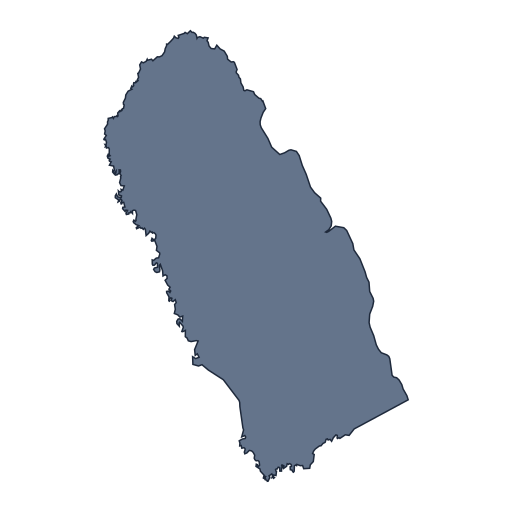 outline of Cémaco, Emberá, Panama
{"feature_id": "35544464B97787935745550", "entity_name": "Cémaco", "entity_type": "district", "adm_level": 2, "iso_a3": "PAN", "parent_name": "Panama", "parent_adm1": "Emberá", "projection": "equal_earth", "projection_center": [-77.717, 8.422], "detail": "fine", "context": "isolated", "style": "filled", "palette": "slate", "viewbox_px": 512, "rotation_deg": 0, "n_neighbors": 0, "source": "geoboundaries", "source_scale": "gbopen_adm2", "svg_char_len": 6045}
<svg xmlns="http://www.w3.org/2000/svg" viewBox="0 0 512 512"><path d="M204.3,37.3L203.3,38.2L200.0,36.7L197.6,37.4L197.0,38.4L196.3,35.0L195.1,33.4L193.3,32.3L192.0,32.4L190.4,30.7L187.3,33.7L185.1,32.4L184.2,33.4L178.2,35.4L178.9,37.3L178.1,38.4L176.0,37.8L174.3,36.2L173.6,38.1L170.6,41.4L167.6,44.3L166.6,44.1L166.6,45.6L165.2,48.7L164.6,51.9L162.0,55.7L159.4,56.9L157.3,56.8L152.9,60.8L151.5,59.2L147.6,60.2L147.2,59.2L146.2,61.3L143.4,62.8L141.5,61.9L139.7,64.9L140.5,69.0L138.5,73.2L137.8,73.4L138.6,77.3L137.4,79.7L138.1,80.6L136.6,81.9L136.2,81.6L136.5,81.1L135.9,81.3L135.6,82.7L133.8,82.7L133.4,84.6L133.7,85.7L132.6,86.8L131.8,86.0L130.8,88.4L131.9,89.2L128.1,91.2L125.8,94.9L125.4,98.2L123.3,102.4L123.5,104.4L124.2,105.0L123.5,108.4L122.4,108.7L121.9,110.5L121.3,110.8L121.1,110.2L119.9,111.6L119.5,110.9L117.7,113.0L118.0,115.9L117.6,116.5L116.8,115.8L116.5,116.4L114.3,116.6L113.4,118.4L112.5,116.9L111.8,117.6L108.2,118.4L108.2,120.3L107.5,121.9L107.6,124.1L104.5,128.8L105.2,130.9L104.6,134.0L106.3,135.4L103.8,139.2L104.3,139.9L105.5,139.4L106.5,142.2L106.1,144.7L105.0,144.5L105.8,145.9L105.4,146.8L106.3,146.5L106.5,148.0L108.5,147.6L109.3,149.0L109.2,154.7L110.1,155.7L108.3,156.4L107.9,154.9L107.3,156.1L107.9,158.1L110.1,159.1L109.2,160.2L109.5,161.2L111.2,161.8L109.4,165.2L113.6,166.1L114.4,170.2L113.6,171.3L112.8,170.3L112.6,172.0L114.1,173.8L116.1,171.1L115.9,173.0L114.6,173.9L115.3,175.1L117.1,174.8L119.2,173.1L119.1,169.8L120.4,169.9L120.6,171.3L119.9,173.9L121.2,175.5L120.5,176.7L120.8,177.9L119.6,182.6L121.0,185.6L124.3,185.9L122.8,190.2L121.1,189.4L121.4,191.1L120.8,191.8L119.3,191.8L118.4,190.9L118.8,195.0L121.5,195.8L121.3,197.5L117.7,196.9L116.4,193.9L115.3,195.8L115.3,197.7L118.7,200.0L118.1,201.9L119.5,201.1L120.3,199.0L121.5,199.7L121.9,200.5L120.8,202.7L121.1,203.9L121.7,203.9L122.4,202.4L123.7,202.3L124.9,207.0L122.8,207.3L122.6,208.7L125.1,211.5L125.9,210.1L127.5,210.4L126.0,213.6L126.4,214.5L128.8,214.0L129.0,212.8L130.3,212.8L130.8,211.7L132.5,213.5L132.4,210.7L134.0,210.1L135.6,210.5L136.8,214.7L135.9,219.2L136.0,220.6L135.3,221.4L133.9,220.1L133.2,221.5L133.7,222.7L136.2,224.7L138.8,225.6L136.3,227.6L136.6,228.7L140.1,227.2L141.0,228.3L142.1,228.0L143.3,229.4L144.5,228.2L145.4,229.5L146.1,235.6L148.7,233.3L149.9,231.1L151.2,232.3L152.1,232.0L152.5,233.1L154.0,232.6L155.6,234.2L156.0,235.3L155.7,238.3L154.8,239.4L153.2,239.4L152.0,238.3L151.3,240.6L151.8,241.2L154.8,240.6L157.0,246.4L156.4,250.4L159.6,252.8L159.8,254.0L158.6,257.8L156.2,258.1L153.6,260.4L152.2,259.9L152.3,264.2L152.9,265.3L154.5,265.1L156.3,262.8L157.4,263.3L157.6,267.2L154.4,268.0L153.6,269.4L155.1,271.7L156.8,272.5L159.5,271.8L159.9,269.9L159.4,265.3L160.3,264.3L162.6,270.8L163.0,276.0L165.2,274.7L167.0,275.9L167.1,278.4L165.1,280.3L167.7,285.1L170.1,287.2L168.9,289.2L170.7,291.0L169.9,292.5L168.6,291.1L166.6,291.4L166.7,292.8L169.0,296.9L168.8,300.8L169.4,301.1L169.7,298.8L170.8,297.8L171.9,298.3L171.1,300.5L172.4,301.3L173.1,301.5L175.3,299.7L176.2,302.6L174.6,304.5L175.3,309.3L174.3,313.5L177.7,314.8L179.9,317.1L182.7,316.1L182.4,321.4L179.9,318.8L178.2,319.0L176.7,321.3L176.9,323.6L179.3,326.2L179.1,323.1L179.7,322.3L183.0,326.1L183.3,327.3L181.8,331.5L182.7,331.7L185.4,330.4L185.3,336.7L187.1,338.1L188.3,340.8L191.1,341.6L196.2,340.6L198.1,341.0L194.6,349.6L195.2,355.4L197.3,353.8L199.1,357.3L195.6,358.6L192.6,356.7L192.9,364.4L198.5,366.0L202.0,364.7L208.4,370.1L223.3,379.7L239.1,400.5L239.7,402.5L239.9,406.8L242.9,427.9L243.6,429.9L241.7,436.9L244.8,435.5L245.7,437.0L245.2,438.5L242.4,439.0L239.2,440.8L239.9,443.1L239.7,445.9L241.2,445.5L241.8,448.2L244.0,447.7L244.9,448.4L245.1,449.7L244.3,452.1L244.8,453.8L246.9,452.9L249.3,450.4L251.6,450.9L253.1,452.3L254.7,455.2L254.2,458.2L254.9,459.7L256.1,460.8L258.0,460.6L259.1,461.5L259.6,465.2L258.2,466.8L257.5,464.7L256.3,464.2L256.0,466.4L260.0,469.0L260.4,471.2L264.1,475.2L263.5,477.4L264.6,477.1L264.7,476.2L265.6,476.5L265.1,477.1L265.3,477.8L264.3,478.5L265.4,478.8L265.1,479.6L267.2,480.5L267.3,481.3L268.1,481.2L269.9,477.2L269.0,475.9L271.8,473.9L272.6,476.0L272.0,477.5L272.9,477.0L273.5,478.3L274.5,477.6L273.5,476.7L273.1,474.9L276.0,475.5L276.5,471.3L275.9,471.1L275.5,469.6L276.3,468.9L277.0,469.1L278.2,467.2L279.6,467.5L279.8,471.1L281.5,471.1L281.6,468.0L282.4,467.6L281.6,465.6L282.0,464.9L283.9,465.8L283.7,466.7L282.8,466.5L283.5,468.5L286.6,466.3L287.2,463.7L288.6,464.4L289.3,463.6L290.7,464.1L291.4,465.0L291.4,466.3L290.1,466.8L290.3,469.7L292.1,470.2L292.7,471.7L293.5,472.2L294.2,471.2L294.4,465.8L295.7,465.0L296.6,465.6L296.9,464.4L300.3,465.7L302.6,465.5L303.7,468.7L309.7,468.3L310.3,464.8L313.3,461.6L314.2,454.5L312.6,453.5L313.8,450.8L315.4,448.9L319.5,445.9L321.0,445.8L323.0,443.4L325.1,442.4L326.1,439.3L327.5,438.9L328.1,440.0L330.1,439.4L331.6,441.3L333.3,437.8L335.9,434.9L337.3,435.4L337.1,438.0L337.5,438.5L339.0,437.7L339.9,438.4L345.3,434.8L349.1,435.4L354.2,428.9L408.2,399.8L406.9,395.7L403.1,389.0L401.8,384.6L399.0,379.9L396.6,377.7L393.8,377.1L392.1,375.3L389.8,358.8L388.8,356.4L386.9,354.9L381.2,352.7L378.4,349.1L376.3,344.9L373.7,335.6L370.1,327.1L369.1,322.6L369.7,314.1L372.7,306.3L373.7,301.2L373.1,298.3L369.7,291.5L369.0,282.2L366.6,277.4L365.1,271.9L359.9,258.8L353.9,249.9L352.8,243.6L346.7,230.5L343.8,227.7L335.4,226.2L328.7,231.4L326.7,232.4L325.6,232.0L328.8,229.7L331.2,225.9L331.7,221.5L330.9,218.2L326.7,209.3L320.6,201.2L320.7,198.1L314.6,192.7L310.5,187.1L306.2,174.3L302.3,165.5L299.2,155.6L296.4,151.4L291.0,149.8L289.0,150.2L284.6,152.8L279.8,154.5L271.7,147.2L267.9,138.4L261.3,127.8L260.2,124.7L260.1,121.6L261.0,117.9L263.2,112.3L265.7,108.6L262.9,101.0L262.5,101.3L260.7,98.6L258.9,98.2L254.7,94.5L253.5,91.7L246.9,89.8L244.9,90.8L243.8,90.4L243.1,86.9L240.9,82.9L240.4,78.9L239.0,77.3L238.5,75.2L236.3,72.8L236.2,71.7L237.1,69.5L234.4,62.4L233.4,61.7L231.2,62.0L227.6,59.2L227.3,56.3L224.2,51.1L220.1,48.9L216.8,45.2L214.7,48.9L211.1,48.5L209.0,45.9L208.2,42.3L207.0,40.8L208.1,37.9L204.3,37.3Z" fill="#64748b" stroke="#1e293b" stroke-width="1.5"/></svg>